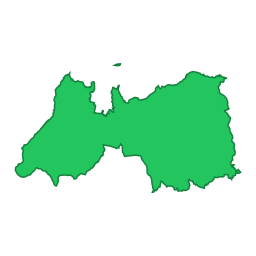 Probolinggo, Jawa Timur, Indonesia
{"feature_id": "22746128B57336658570108", "entity_name": "Probolinggo", "entity_type": "district", "adm_level": 2, "iso_a3": "IDN", "parent_name": "Indonesia", "parent_adm1": "Jawa Timur", "projection": "natural_earth1", "projection_center": [113.292, -7.852], "detail": "fine", "context": "isolated", "style": "filled", "palette": "green", "viewbox_px": 256, "rotation_deg": 0, "n_neighbors": 0, "source": "geoboundaries", "source_scale": "gbopen_adm2", "svg_char_len": 5781}
<svg xmlns="http://www.w3.org/2000/svg" viewBox="0 0 256 256"><path d="M234.4,168.0L231.8,166.7L233.6,165.7L234.0,164.7L231.6,165.0L230.4,163.7L231.7,160.8L232.8,159.8L232.3,158.2L232.4,157.0L233.2,155.5L234.8,154.8L235.2,151.8L233.9,148.2L234.5,145.3L234.3,143.8L231.7,140.8L231.9,139.2L232.7,138.3L232.4,135.7L229.7,130.8L229.9,128.5L227.7,125.5L229.8,120.9L230.5,117.8L228.7,116.3L228.8,115.9L227.2,113.4L224.5,111.0L224.9,110.4L227.4,109.9L228.9,108.6L228.2,108.3L227.9,105.8L227.5,104.9L227.8,102.4L226.4,98.3L224.0,95.7L219.5,93.0L219.5,90.7L218.3,87.8L218.5,86.7L220.1,84.5L220.3,82.0L223.3,82.1L224.0,81.1L224.0,78.5L225.9,78.7L226.3,78.0L221.5,76.7L221.2,75.8L219.7,74.9L219.2,76.2L218.5,75.7L218.5,76.2L217.8,75.8L215.9,76.3L215.7,77.6L214.2,77.6L212.0,76.8L211.6,77.4L209.8,77.4L207.5,76.1L205.9,76.3L204.3,75.8L203.4,75.4L204.0,75.0L203.7,74.6L203.5,75.2L200.4,74.1L200.0,73.3L195.6,72.0L192.6,71.7L190.7,72.2L186.4,74.9L186.0,76.0L186.7,75.7L186.8,76.0L186.0,76.4L185.5,78.3L183.9,79.1L181.6,81.5L180.0,81.8L179.4,82.7L176.2,85.0L174.3,84.8L173.7,85.4L169.2,84.8L167.3,85.1L166.1,85.8L164.7,87.3L163.2,86.4L161.9,86.4L161.5,87.9L160.4,88.6L159.2,87.7L158.3,85.7L155.9,88.0L155.2,91.1L153.8,92.4L150.3,94.6L147.2,97.6L146.9,98.4L143.8,99.2L143.5,99.7L141.9,99.6L140.2,100.3L138.4,99.6L138.4,98.5L137.6,97.9L134.8,97.4L129.1,100.2L128.7,102.9L128.4,103.0L126.0,102.8L125.3,102.4L124.8,101.0L124.2,101.5L124.2,100.8L123.5,100.6L121.6,96.5L121.0,96.2L118.3,90.3L118.2,87.9L119.1,86.5L118.9,85.4L118.1,86.0L117.7,87.7L117.3,88.2L116.8,88.2L116.3,89.1L114.6,88.5L114.3,87.8L113.2,87.9L112.9,86.9L112.3,89.9L111.7,90.7L111.2,92.9L112.0,93.2L112.1,95.1L112.5,95.4L111.9,96.8L111.8,98.2L112.7,99.2L111.7,101.9L112.8,102.3L112.7,105.2L113.2,107.0L114.4,107.3L113.7,109.0L112.7,108.5L113.6,112.2L111.5,111.5L111.1,110.0L109.3,109.6L109.2,110.8L108.1,111.8L108.8,113.4L107.9,113.0L107.3,113.2L106.3,114.7L106.6,115.0L106.1,115.2L106.4,115.5L106.1,115.6L106.4,116.2L106.1,116.4L103.6,115.1L103.9,114.5L102.4,114.1L102.7,112.4L103.3,111.6L103.2,110.8L102.7,110.6L101.1,113.6L95.2,113.1L95.3,112.8L94.2,112.6L95.6,106.0L95.4,105.2L93.8,104.8L94.4,102.9L89.7,101.4L90.2,99.5L89.7,99.2L89.9,98.7L89.4,98.6L89.5,98.2L90.1,98.4L90.6,97.2L90.9,94.9L89.8,94.1L90.4,92.2L92.1,92.5L92.3,91.6L92.9,91.7L93.0,92.4L93.2,91.3L93.6,91.4L94.6,89.2L94.5,85.8L94.1,84.3L94.5,83.5L93.9,81.9L93.1,81.8L91.3,82.7L91.5,85.4L90.8,86.9L90.3,86.8L89.6,87.7L89.1,87.0L87.7,87.4L86.0,86.8L85.7,87.4L83.8,84.8L83.2,82.9L82.2,81.9L80.2,81.9L77.6,80.7L77.1,81.4L75.4,81.9L73.1,80.8L72.7,79.4L72.0,80.0L70.2,77.1L69.5,75.3L69.7,73.1L68.4,74.7L67.2,74.6L67.0,75.3L65.8,75.2L64.0,77.3L64.1,77.8L63.6,77.8L63.7,78.5L62.8,80.3L62.2,80.3L62.0,81.0L61.1,81.6L60.4,84.6L60.1,84.5L59.9,85.4L58.9,86.3L58.5,86.1L58.4,86.9L57.0,87.7L55.3,90.0L56.0,95.1L55.8,96.2L54.8,97.0L53.9,100.2L54.7,101.5L55.0,103.6L54.4,105.6L54.7,107.6L54.4,109.1L53.5,110.5L54.1,110.7L54.2,111.2L53.6,112.9L53.0,113.3L53.3,115.2L53.0,116.3L52.3,116.4L52.3,117.1L51.0,118.0L50.3,119.3L48.5,119.9L48.6,120.5L47.8,120.8L47.8,121.3L46.7,121.4L46.5,122.3L45.8,122.6L46.0,123.0L45.2,123.4L45.2,124.0L43.7,125.1L43.0,126.6L42.5,126.6L42.5,127.4L41.0,128.3L40.0,130.1L37.4,132.3L37.0,133.2L34.9,134.4L33.7,137.4L31.3,139.1L27.4,144.1L26.5,144.8L24.2,144.9L23.4,147.0L22.0,147.8L21.9,148.9L22.9,149.5L23.3,151.0L22.5,153.9L23.3,161.4L20.8,163.6L18.3,164.1L17.7,166.2L16.4,166.7L15.7,167.5L15.4,169.7L15.5,170.6L17.8,174.7L19.2,175.2L20.3,176.6L23.3,177.2L25.3,176.8L28.7,175.0L30.2,174.9L31.6,173.1L34.5,170.4L36.2,167.7L38.7,168.8L41.0,168.8L42.7,170.8L45.1,170.9L48.0,173.9L48.1,174.5L49.5,175.0L51.8,178.5L52.1,180.0L53.3,181.8L54.1,184.3L55.2,185.6L56.4,185.9L58.3,181.5L58.0,177.5L58.6,176.4L60.0,175.4L64.9,175.0L67.5,175.4L70.9,175.1L73.7,177.8L74.2,179.1L76.3,178.5L77.2,176.5L80.9,173.5L85.1,174.7L86.7,171.6L90.4,169.4L91.0,168.2L92.2,168.1L93.9,166.1L93.9,165.4L94.7,164.9L94.5,164.5L95.4,163.2L96.5,162.8L96.4,162.4L97.1,162.0L97.6,162.3L98.2,161.9L101.1,156.2L101.7,156.3L102.2,155.5L103.0,155.4L103.2,153.5L103.0,152.8L103.5,151.4L104.3,151.0L104.8,149.6L104.5,148.4L103.8,148.2L103.4,144.8L111.3,146.4L115.9,148.0L116.2,148.5L117.0,147.9L118.8,148.1L119.3,145.7L120.5,145.2L120.7,144.1L122.3,146.0L122.5,152.0L123.3,152.9L124.5,156.3L135.1,155.2L139.3,155.7L140.4,156.0L141.4,157.2L141.5,158.6L142.6,160.4L146.7,166.0L147.1,167.7L147.2,173.2L148.6,175.0L150.5,176.3L151.6,179.5L152.2,184.9L152.8,186.3L152.6,187.3L153.6,189.9L152.4,192.2L153.5,192.2L153.5,191.5L154.2,191.2L154.5,190.4L155.0,190.6L155.1,189.9L156.2,190.5L157.3,189.6L157.6,188.9L157.3,188.5L158.6,187.2L159.9,187.1L160.4,183.6L161.2,181.1L162.6,182.1L163.0,183.1L165.8,185.3L166.7,186.9L168.3,185.9L172.0,186.2L174.3,187.9L174.1,189.4L174.4,189.8L176.1,189.8L177.0,188.2L178.0,189.5L177.8,190.9L178.6,191.1L180.8,190.7L182.3,191.1L183.6,189.8L184.8,190.5L186.4,190.2L188.7,188.9L189.1,188.1L189.1,186.2L189.7,185.8L189.8,185.2L188.9,182.4L188.0,181.0L189.3,179.3L190.1,180.8L192.3,181.0L192.5,181.8L192.9,181.7L193.6,182.9L193.7,184.0L195.4,184.2L195.7,184.8L195.9,184.3L196.8,184.7L197.4,185.6L199.9,187.1L204.4,188.2L204.2,186.7L205.0,185.1L205.9,185.4L206.3,184.5L206.7,184.9L206.9,184.4L207.8,184.4L207.7,183.9L208.7,183.3L208.9,182.3L212.0,181.4L212.7,180.1L213.6,179.7L214.6,177.2L217.7,177.6L219.2,176.7L222.9,176.9L223.8,176.6L224.6,174.5L226.6,174.9L227.7,174.6L228.2,175.0L228.3,177.3L228.7,178.1L229.2,178.4L231.3,177.9L231.1,178.8L231.6,179.4L231.7,178.4L233.1,177.6L232.9,176.1L235.4,175.4L235.6,173.3L239.1,173.2L240.6,172.3L238.2,169.5L236.2,172.0L235.9,171.2L236.1,170.2L235.3,169.9L235.1,168.9L234.3,168.4L234.4,168.0ZM120.4,63.8L116.8,64.2L114.5,65.3L116.9,65.7L119.2,65.5L120.2,64.9L120.4,63.8Z" fill="#22c55e" stroke="#15803d" stroke-width="1.5"/></svg>